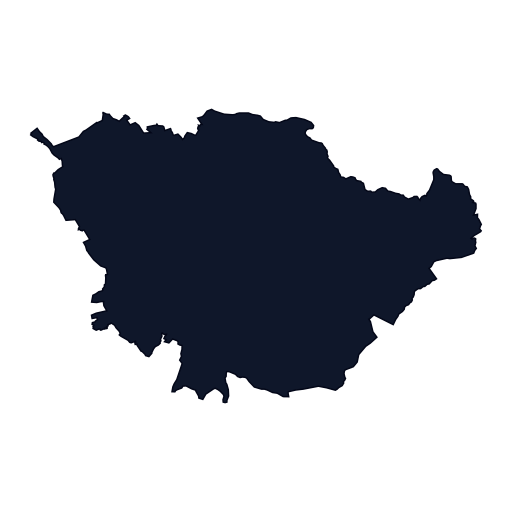 outline of Brusturi, Bihor, Romania
{"feature_id": "2599482B67596025009849", "entity_name": "Brusturi", "entity_type": "district", "adm_level": 2, "iso_a3": "ROU", "parent_name": "Romania", "parent_adm1": "Bihor", "projection": "equal_earth", "projection_center": [22.262, 47.138], "detail": "fine", "context": "isolated", "style": "filled", "palette": "ink", "viewbox_px": 512, "rotation_deg": 0, "n_neighbors": 0, "source": "geoboundaries", "source_scale": "gbopen_adm2", "svg_char_len": 6040}
<svg xmlns="http://www.w3.org/2000/svg" viewBox="0 0 512 512"><path d="M473.7,253.1L474.7,250.5L476.3,248.4L474.9,245.9L475.8,242.2L475.4,241.1L475.7,238.9L474.6,238.1L473.4,238.2L472.1,239.3L470.9,238.3L474.0,235.6L480.6,231.7L481.2,230.8L479.5,228.9L480.5,225.8L481.3,224.4L478.9,219.6L477.4,217.7L477.5,214.3L473.5,215.1L476.0,208.6L476.0,204.1L475.6,203.1L472.8,202.5L473.7,201.4L473.4,200.8L470.6,198.8L470.7,196.8L469.5,194.5L468.6,189.4L467.3,186.9L464.6,186.3L463.0,184.2L462.2,183.8L455.6,183.8L452.1,181.8L451.4,180.6L451.1,176.6L450.6,175.8L449.3,175.2L443.5,174.5L439.4,171.4L437.6,169.0L436.6,168.7L434.2,170.1L433.3,171.7L433.1,172.8L433.8,176.6L433.8,179.7L429.5,190.2L426.9,193.6L426.8,195.1L426.1,196.2L425.0,195.3L422.1,196.6L420.5,198.5L420.0,200.3L418.3,198.6L417.9,197.4L416.9,196.4L414.1,196.5L413.0,197.5L408.3,199.1L404.4,197.0L403.3,195.2L400.8,195.1L399.0,193.9L395.5,193.3L390.4,191.5L387.8,191.1L385.5,188.3L382.2,187.7L377.8,189.7L375.3,192.0L371.7,192.2L370.7,191.1L367.7,191.3L365.0,189.6L363.4,183.3L361.3,182.2L360.9,181.4L356.7,180.6L355.7,179.5L355.0,177.8L352.9,177.0L350.8,176.7L345.8,178.9L343.6,177.4L340.8,177.0L340.1,174.8L338.6,172.5L337.8,169.3L335.6,168.4L333.6,166.9L333.6,165.9L329.5,160.1L328.0,158.7L327.5,157.5L328.0,156.3L327.0,153.9L327.2,151.8L326.8,150.1L325.7,149.3L325.4,148.2L323.1,145.4L322.2,143.6L321.3,143.0L319.1,142.8L311.5,140.1L310.0,138.0L307.5,136.7L305.9,134.9L305.1,133.4L305.4,131.7L306.8,129.6L309.2,128.6L312.1,128.7L313.3,127.7L313.6,125.5L311.1,122.4L304.5,119.5L296.0,117.6L292.6,117.8L290.8,118.0L287.0,120.2L285.2,120.3L279.5,122.6L275.6,121.8L274.1,122.4L272.4,122.2L268.8,121.8L264.4,120.0L263.0,119.3L260.4,116.1L257.6,115.3L252.5,114.6L248.5,113.0L239.4,113.0L236.4,113.7L235.5,114.4L232.8,114.8L224.1,114.2L214.6,111.1L211.6,109.4L207.1,111.1L204.1,115.1L202.4,116.7L197.7,118.1L202.0,124.4L200.9,124.3L200.1,125.5L199.0,125.3L199.5,125.9L198.4,126.1L197.7,128.2L198.1,129.6L198.9,130.1L196.0,134.9L195.3,135.3L194.5,135.1L191.2,133.5L187.3,132.6L184.8,136.2L184.5,137.6L182.6,139.5L181.0,137.2L177.9,134.1L174.0,135.3L173.2,135.0L172.4,132.7L170.9,130.4L170.9,129.4L170.5,128.6L164.8,130.6L163.8,126.9L162.7,126.0L158.0,125.7L156.9,124.1L156.0,125.4L154.4,125.4L147.3,126.9L147.5,128.5L146.9,129.3L150.9,132.7L143.6,133.1L138.8,125.5L135.2,122.7L130.1,124.9L126.7,120.1L129.6,118.5L128.4,116.8L126.7,115.7L125.3,115.0L123.8,116.0L124.5,116.7L122.6,118.0L119.2,121.3L116.5,119.8L112.8,118.5L110.1,115.6L109.3,114.3L106.7,114.2L103.1,112.5L102.9,112.8L103.2,114.6L102.3,120.5L96.9,123.0L96.7,122.6L95.9,123.1L86.0,130.1L83.4,131.4L78.9,137.0L53.6,146.7L52.2,145.6L51.3,143.9L47.1,139.6L43.2,136.5L42.0,134.1L39.4,131.6L37.1,128.3L31.0,133.1L31.6,133.6L30.7,134.9L33.0,136.6L38.0,139.1L37.6,140.0L38.9,141.1L41.2,141.5L41.6,142.5L42.7,142.2L44.4,143.3L44.1,144.1L45.7,144.8L47.7,146.3L49.8,148.6L52.1,153.0L54.0,155.0L58.0,157.8L59.4,159.3L61.3,158.5L62.2,161.3L62.4,165.0L62.8,166.7L58.2,169.6L54.8,173.0L53.9,173.0L53.0,174.6L53.1,175.9L53.9,178.3L53.8,179.7L54.6,182.0L55.1,187.3L55.7,189.1L54.0,199.0L53.8,202.2L59.0,207.7L60.8,210.5L60.9,211.9L61.4,213.0L62.5,213.8L63.6,215.4L66.0,220.3L75.3,219.6L79.5,226.6L78.5,228.5L78.4,229.7L79.4,229.3L80.6,230.3L82.3,230.8L82.8,230.2L84.1,230.1L89.8,239.5L83.5,242.4L85.6,246.1L86.9,250.7L87.4,250.9L88.8,253.3L93.8,259.8L100.7,265.9L105.8,267.8L106.5,269.2L107.5,274.5L105.7,274.7L105.5,275.5L105.8,277.8L105.5,284.0L104.4,284.8L104.3,286.9L102.6,289.0L102.9,290.0L101.9,291.0L98.9,291.7L95.8,293.9L92.9,295.3L91.6,302.1L96.7,302.5L101.0,301.6L103.7,301.5L103.5,302.8L103.9,305.7L106.8,310.8L96.2,313.2L91.5,315.2L92.1,318.5L96.8,317.6L97.5,319.7L95.4,321.1L95.1,321.9L92.4,322.6L92.1,324.4L93.9,325.2L93.0,326.8L93.6,327.3L93.1,328.5L96.2,330.2L98.8,329.1L100.1,329.2L100.4,330.1L101.4,330.0L103.1,329.1L104.8,329.0L104.6,328.2L106.0,328.1L106.6,328.6L107.1,328.4L107.2,327.6L106.7,326.7L108.1,325.8L107.9,324.6L110.1,323.9L111.2,323.0L114.6,325.2L116.1,327.8L119.1,331.1L120.3,333.3L119.3,334.9L120.9,336.2L128.1,340.3L129.7,342.3L130.5,342.6L131.2,342.8L135.5,341.2L135.7,342.1L134.8,342.3L135.2,344.4L137.0,344.2L137.1,345.3L141.0,351.1L142.3,351.6L145.0,354.3L145.6,355.6L148.9,356.6L151.8,353.3L151.9,352.2L153.7,348.6L155.3,346.6L158.4,345.0L160.1,343.3L159.8,342.9L160.9,340.8L160.5,339.2L161.9,336.4L161.7,333.3L162.2,333.0L164.2,334.5L166.5,334.2L166.3,334.9L164.9,336.4L163.9,338.6L166.2,339.7L164.5,341.7L168.9,342.9L172.6,339.0L177.1,340.7L178.1,341.5L178.0,344.0L180.0,345.1L182.1,345.4L182.0,349.4L180.9,353.7L181.5,356.4L179.7,360.1L182.2,363.5L176.8,379.6L174.2,383.8L172.9,386.8L172.0,391.7L174.9,391.8L175.5,390.7L176.7,389.9L181.7,388.0L182.9,386.1L186.1,385.9L191.6,388.8L195.7,390.2L195.9,391.2L198.6,396.0L198.9,398.1L202.8,399.4L205.8,394.1L213.8,388.7L215.4,388.3L218.0,389.6L220.3,391.3L223.4,394.5L224.0,396.3L223.0,399.7L223.2,402.1L225.1,402.6L226.9,402.1L226.9,400.4L228.6,396.0L228.3,389.7L226.8,384.3L225.8,382.8L225.0,378.0L226.1,376.4L226.2,373.4L226.6,371.7L228.0,371.5L229.8,371.9L235.5,374.3L237.6,376.5L240.1,377.5L242.5,377.0L245.0,377.3L246.6,378.0L249.1,381.5L254.3,387.0L261.4,389.1L264.4,389.1L267.3,390.0L272.6,392.5L277.3,393.2L283.2,396.6L288.7,396.7L288.0,392.7L288.4,391.7L295.7,390.0L303.3,389.1L318.4,386.2L326.7,387.8L335.4,390.2L337.1,389.2L338.7,387.6L342.2,385.6L343.7,383.0L343.3,381.8L344.8,380.0L345.5,378.3L344.9,377.5L344.0,373.8L344.3,371.4L345.2,369.8L353.3,366.7L357.2,362.0L358.7,354.6L365.7,346.3L370.2,343.2L376.9,337.2L372.9,331.8L370.4,321.5L368.8,319.2L369.6,318.8L373.9,314.9L393.2,324.6L395.7,319.4L397.9,316.3L398.7,314.1L402.4,311.5L404.2,309.3L404.6,307.0L406.1,305.6L408.5,304.7L410.0,302.7L411.4,301.9L412.3,300.0L412.0,298.5L413.2,297.0L414.1,294.7L414.3,292.1L414.7,291.1L418.0,288.7L420.6,288.6L423.0,286.6L424.8,286.4L427.1,284.3L429.2,283.9L432.2,280.6L434.4,280.2L436.5,278.8L429.0,268.3L431.2,266.6L433.8,261.8L436.3,260.6L447.0,258.2L449.8,258.6L461.4,257.4L473.7,253.1Z" fill="#0f172a" stroke="#020617" stroke-width="1.5"/></svg>